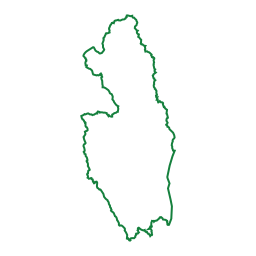 outline of Kawkareik, Kayin, Myanmar
{"feature_id": "60261553B42100651402541", "entity_name": "Kawkareik", "entity_type": "district", "adm_level": 2, "iso_a3": "MMR", "parent_name": "Myanmar", "parent_adm1": "Kayin", "projection": "natural_earth1", "projection_center": [98.169, 16.039], "detail": "fine", "context": "isolated", "style": "outline", "palette": "green", "viewbox_px": 256, "rotation_deg": 0, "n_neighbors": 0, "source": "geoboundaries", "source_scale": "gbopen_adm2", "svg_char_len": 5801}
<svg xmlns="http://www.w3.org/2000/svg" viewBox="0 0 256 256"><path d="M85.2,58.3L85.6,58.3L85.8,59.0L86.1,59.3L86.0,60.2L86.4,60.3L86.4,60.9L85.7,61.6L85.4,62.6L85.4,63.8L85.6,64.1L85.7,65.4L86.9,65.5L86.4,67.2L89.1,68.7L90.2,68.9L91.7,70.2L92.2,71.0L92.9,73.8L93.3,74.5L96.6,75.4L97.3,75.1L98.7,75.4L100.0,74.4L100.3,74.5L100.4,73.8L100.9,73.5L101.6,74.7L101.1,75.4L102.0,76.2L102.2,76.9L101.3,77.6L101.5,79.1L102.2,80.8L102.4,84.5L102.7,85.3L102.6,87.3L104.0,87.4L105.5,88.1L108.3,90.1L109.4,91.7L109.7,92.8L110.1,93.4L111.7,94.2L112.7,96.4L112.7,97.4L112.4,99.4L113.6,100.8L114.1,102.1L115.7,104.3L116.5,105.2L118.2,106.2L117.8,106.6L118.3,108.8L117.8,111.7L117.4,111.6L116.3,112.6L114.2,113.2L113.6,113.8L112.2,114.6L112.2,116.6L111.5,116.7L109.6,116.1L108.9,115.2L108.4,116.0L107.8,115.0L106.8,114.0L106.7,113.1L104.8,112.6L103.7,112.7L102.0,112.3L100.4,112.3L100.0,112.6L99.5,112.6L99.4,111.9L97.9,111.5L97.0,112.7L97.1,113.5L95.8,113.5L94.0,114.7L93.0,114.8L92.4,115.1L91.4,114.4L89.9,114.4L88.2,113.4L87.2,113.6L85.4,114.4L84.5,114.1L83.7,114.9L81.3,116.0L81.8,118.0L82.5,119.4L83.1,119.5L84.0,120.7L84.2,121.6L85.0,122.1L85.0,122.9L85.5,122.9L85.5,126.0L86.2,127.1L86.8,127.3L87.5,128.6L87.6,130.2L86.8,130.9L85.7,131.2L84.9,131.7L85.4,133.6L85.3,134.5L83.7,136.8L83.9,136.9L83.8,137.5L83.9,138.6L84.4,140.1L85.6,143.0L84.8,144.0L84.1,144.3L83.6,145.2L83.5,146.1L84.2,147.8L84.6,149.6L84.7,150.8L83.7,151.9L84.5,153.2L84.5,153.8L85.6,154.3L85.7,156.1L86.8,157.4L87.4,159.5L87.4,160.6L86.7,160.7L86.6,161.2L87.0,162.1L87.6,162.8L87.9,163.7L88.0,165.3L87.8,165.9L89.2,168.4L89.7,169.8L89.5,170.1L89.0,170.1L88.2,170.9L88.0,173.4L87.5,173.5L87.1,174.2L87.3,174.9L87.9,175.9L88.0,176.9L87.6,177.7L88.6,178.3L88.8,178.7L90.2,178.5L91.1,178.0L91.6,178.2L91.8,179.3L92.7,179.5L92.9,180.5L92.9,181.6L93.3,181.8L94.0,183.3L94.6,183.2L95.2,181.8L95.9,182.0L96.6,181.7L97.0,182.2L97.2,182.9L96.9,186.1L97.1,187.2L97.5,188.0L98.2,188.3L99.4,189.6L100.0,189.4L100.6,189.7L103.4,193.9L104.1,196.8L105.7,198.8L107.6,200.3L107.8,201.1L108.3,201.7L108.7,202.4L108.9,203.9L109.6,205.2L109.9,205.4L110.2,207.4L111.0,208.2L111.1,209.1L111.5,209.8L111.0,210.6L111.6,211.4L112.6,211.9L113.8,213.1L115.0,216.2L115.5,216.4L116.3,217.3L116.7,218.2L117.2,220.4L117.6,220.6L118.9,223.1L118.9,224.9L119.5,225.6L119.9,225.7L120.5,225.4L121.6,225.5L122.9,226.5L124.8,228.5L124.9,230.1L124.7,230.5L126.0,232.4L127.2,235.0L126.9,238.6L127.5,238.8L128.1,238.4L129.2,240.3L130.0,240.6L130.5,240.2L130.1,239.3L130.5,238.6L130.9,238.3L132.2,238.1L134.1,238.2L135.3,236.9L135.2,236.6L135.4,235.8L136.2,234.8L135.9,234.1L136.2,233.6L137.9,233.5L138.3,233.0L138.3,232.6L138.8,232.4L138.2,231.5L138.1,230.6L137.6,230.2L138.4,229.2L137.9,228.5L138.1,228.0L138.4,227.9L138.8,228.2L139.0,227.9L140.8,229.4L142.3,230.1L143.5,230.4L144.6,230.0L144.6,230.8L145.4,231.1L145.5,231.6L146.2,232.1L147.0,232.0L147.8,233.6L148.5,233.9L148.8,233.8L149.3,234.6L149.8,234.9L149.8,235.2L150.2,236.1L151.3,234.9L151.9,235.0L152.1,234.3L151.7,233.5L151.8,232.2L151.4,231.4L151.7,230.6L150.9,229.1L150.4,228.7L148.6,229.0L149.7,228.0L150.2,226.7L151.3,227.0L151.8,226.7L151.8,226.1L151.2,225.4L151.4,222.4L151.8,221.7L152.0,220.9L152.4,221.0L153.7,220.9L154.0,221.7L154.7,221.0L156.2,220.6L156.7,220.6L159.5,218.2L159.6,217.6L159.9,217.3L161.0,217.1L161.3,217.6L161.7,217.6L162.5,218.3L163.0,219.5L165.3,219.8L166.2,220.2L166.8,221.1L167.2,221.0L167.4,221.7L167.1,222.7L167.5,223.5L167.4,224.5L167.6,224.8L168.5,224.9L169.0,224.8L171.3,218.7L171.9,206.3L170.6,199.7L168.0,188.4L169.5,183.4L167.6,178.3L167.3,177.0L169.7,165.5L172.5,156.2L174.7,150.7L174.0,150.6L173.6,151.1L173.0,150.5L172.8,149.5L172.2,148.1L172.2,146.3L171.7,145.4L172.0,143.4L172.8,141.1L172.6,140.6L172.9,139.6L174.2,138.3L174.6,137.4L174.2,135.2L173.1,132.7L169.5,129.2L169.1,127.6L167.8,126.6L167.5,126.7L167.3,125.8L166.4,125.2L166.2,124.6L167.2,123.8L167.6,122.6L166.6,121.2L166.4,120.4L166.6,120.1L166.5,119.2L167.2,118.0L167.7,118.0L167.9,117.6L166.9,113.8L166.5,113.6L167.0,109.8L165.2,108.5L164.4,106.8L163.8,107.0L162.9,104.3L163.1,103.2L162.8,102.7L162.0,102.3L161.1,102.4L159.8,101.1L158.5,102.4L158.2,102.4L157.7,100.5L157.7,99.6L156.8,99.7L157.0,99.1L156.9,98.5L157.4,97.2L156.4,97.3L156.2,97.0L156.0,95.5L157.0,94.9L156.3,92.8L156.5,91.0L155.8,90.0L155.7,89.4L154.8,88.9L154.7,87.9L153.9,87.0L153.7,85.1L154.2,84.2L154.0,83.0L154.3,81.2L155.3,80.2L154.4,79.5L154.3,78.5L153.6,78.3L152.8,75.6L153.2,75.4L153.4,74.4L155.8,72.5L154.7,71.7L154.5,70.8L155.2,69.4L154.4,68.9L153.5,64.9L153.8,64.5L153.7,63.2L154.1,62.6L153.6,60.3L153.7,59.8L154.3,58.8L154.2,58.0L153.2,57.2L152.7,57.6L151.9,57.1L151.8,56.2L151.2,55.5L151.6,54.6L149.3,52.4L148.2,52.1L147.0,51.3L145.4,51.6L144.9,49.6L145.3,49.1L144.9,46.6L145.4,45.9L143.6,45.5L142.5,44.3L141.4,44.4L140.7,43.6L141.0,42.6L141.2,39.8L140.0,38.6L139.1,37.3L138.2,36.8L138.9,34.6L138.9,34.4L137.7,33.9L137.1,33.2L136.8,32.0L137.7,30.7L136.9,30.5L134.8,28.1L135.0,26.5L136.5,25.2L136.8,23.8L137.3,22.8L137.1,21.9L136.6,21.2L136.2,19.8L135.2,19.0L134.1,17.7L133.1,17.7L132.7,17.4L132.2,16.4L132.2,15.8L130.5,16.2L127.7,15.4L126.8,15.5L126.7,16.9L126.3,16.9L126.3,17.5L125.4,18.2L125.4,18.6L124.1,19.4L122.5,19.5L120.4,20.5L118.8,20.4L118.2,19.8L116.5,20.4L115.4,20.5L114.6,20.9L113.8,23.1L113.0,22.6L112.7,22.7L112.7,23.0L111.8,23.0L111.0,24.6L110.3,25.2L109.4,27.8L109.2,27.9L109.0,29.0L109.6,30.3L109.3,31.3L109.6,32.5L107.6,33.3L106.2,33.2L105.8,33.6L105.7,34.4L104.9,35.7L104.8,36.3L104.3,37.3L103.6,37.7L103.4,38.3L103.7,38.8L103.7,39.5L103.5,39.8L103.6,40.4L102.4,43.6L103.0,45.1L103.0,47.2L104.2,49.6L103.8,50.5L101.8,53.0L100.0,53.5L99.5,53.4L98.1,52.0L97.0,51.7L95.5,50.6L93.9,47.5L93.1,47.2L86.8,51.2L85.6,52.2L84.4,53.6L83.5,55.3L83.5,56.1L84.8,57.4L85.2,58.3Z" fill="none" stroke="#15803d" stroke-width="2"/></svg>